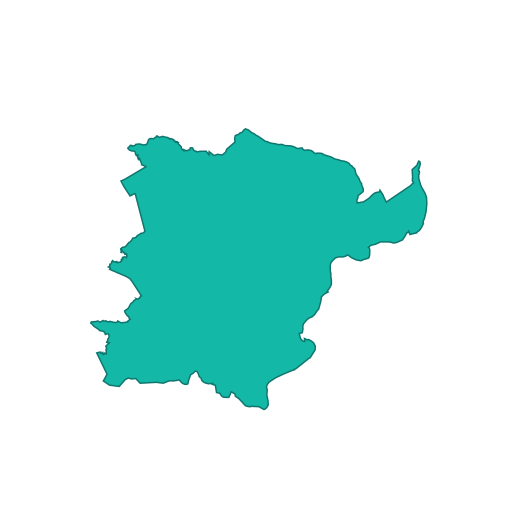 outline of Tampacán, San Luis Potosí, Mexico, rotated 250°
{"feature_id": "50627088B27079735584148", "entity_name": "Tampacán", "entity_type": "district", "adm_level": 2, "iso_a3": "MEX", "parent_name": "Mexico", "parent_adm1": "San Luis Potosí", "projection": "orthographic", "projection_center": [-98.734, 21.409], "detail": "fine", "context": "isolated", "style": "filled", "palette": "teal", "viewbox_px": 512, "rotation_deg": 250, "n_neighbors": 0, "source": "geoboundaries", "source_scale": "gbopen_adm2", "svg_char_len": 6104}
<svg xmlns="http://www.w3.org/2000/svg" viewBox="0 0 512 512"><g transform="rotate(250 256 256)"><path d="M222.8,414.8L223.8,416.6L224.0,418.1L225.9,420.9L229.2,424.4L231.2,424.7L233.5,427.0L239.6,431.0L246.7,434.4L252.9,436.3L257.2,436.3L263.8,435.2L266.7,435.0L274.2,435.6L275.4,436.4L276.8,436.6L277.2,437.3L278.8,438.3L279.4,438.2L279.9,438.5L280.8,437.9L281.4,438.1L281.4,438.3L283.0,438.9L282.8,439.5L286.2,441.8L288.7,442.2L289.5,441.4L287.3,439.1L286.4,438.7L283.8,432.3L276.8,430.2L273.2,428.6L270.8,429.1L270.4,427.4L269.3,425.5L262.1,396.9L267.0,396.3L270.3,396.2L275.4,395.0L274.0,394.0L274.6,390.4L274.5,388.9L273.8,386.6L271.5,381.6L270.1,375.5L271.3,369.2L273.9,369.9L275.9,371.7L277.9,372.5L278.5,375.0L279.9,378.7L282.1,379.7L287.0,379.6L287.9,380.0L290.4,379.3L293.4,379.3L299.0,378.0L303.1,378.5L304.5,378.5L306.1,377.3L307.7,377.0L309.5,375.5L311.0,375.3L313.3,373.4L314.0,372.3L314.8,371.6L316.3,368.7L318.9,365.5L319.6,363.9L323.5,360.3L327.9,354.5L329.0,353.8L330.2,352.4L331.8,348.6L331.7,347.4L332.9,345.9L334.9,345.0L336.3,343.8L338.1,340.8L338.5,338.2L339.1,337.5L340.1,336.6L341.8,336.3L342.9,331.4L344.6,330.1L346.8,327.6L347.9,325.7L349.9,320.9L352.1,318.4L352.9,315.4L355.1,312.1L356.4,309.5L358.2,307.0L359.6,305.8L360.3,304.3L367.7,299.0L370.0,296.9L371.3,296.3L373.2,294.3L377.0,292.0L379.1,289.6L378.5,287.6L376.9,285.0L377.1,283.0L376.2,280.9L376.4,278.9L376.1,277.6L373.6,276.1L370.3,275.3L366.4,265.0L365.3,264.2L363.8,262.6L362.5,258.7L364.7,254.7L364.8,250.9L370.1,247.7L367.2,246.4L371.5,245.0L373.5,239.3L374.0,236.1L374.5,235.9L375.9,234.2L376.9,233.6L379.1,233.4L379.5,233.1L380.1,231.3L378.4,230.0L378.8,229.6L378.5,227.1L378.8,226.5L379.3,226.2L379.4,224.9L379.7,225.2L380.6,224.5L381.0,224.1L380.6,223.8L381.0,223.1L382.0,222.7L384.2,223.1L387.9,221.4L388.6,221.3L389.0,221.8L389.7,221.1L390.2,221.2L390.5,220.8L390.2,220.4L390.6,220.1L390.2,219.8L390.3,219.4L391.4,219.4L391.5,218.8L393.6,218.4L393.6,217.7L394.7,217.2L395.5,215.9L395.4,214.7L396.2,214.8L398.1,212.8L398.0,212.4L400.3,209.3L400.6,205.7L402.7,204.1L402.6,203.3L401.8,203.1L401.8,201.5L401.2,199.7L402.3,197.7L402.5,195.8L401.8,194.6L399.4,192.7L398.3,191.4L398.7,188.5L401.1,184.9L401.8,182.3L402.0,181.1L401.3,180.2L401.4,178.8L401.2,177.7L402.2,177.3L403.0,175.8L401.9,174.3L401.8,173.2L401.0,172.4L400.2,172.7L398.9,173.3L397.5,174.7L396.2,177.4L394.8,178.1L393.7,178.0L393.1,177.6L391.4,177.9L391.6,179.6L391.1,179.7L389.8,178.5L387.6,179.7L387.9,178.5L386.7,178.6L386.2,179.9L381.9,180.1L380.9,179.7L378.1,182.9L377.5,183.1L372.9,158.6L372.7,154.8L366.6,155.6L355.5,158.2L356.1,163.5L355.6,163.8L317.2,160.1L316.3,158.1L316.3,156.9L316.7,155.6L316.1,153.9L316.1,153.0L315.5,150.9L314.9,150.2L314.5,149.1L314.9,146.3L313.3,144.5L312.9,143.5L312.3,142.7L312.2,141.2L309.6,136.8L309.3,135.2L309.9,133.6L309.0,131.3L307.6,131.1L307.8,131.9L307.1,132.1L305.7,130.4L305.4,130.7L305.8,130.9L306.1,131.7L305.1,132.8L304.5,132.5L304.0,133.4L302.6,133.4L302.8,134.4L302.0,134.5L302.0,135.1L301.8,135.2L301.2,134.7L300.3,134.8L298.8,133.7L300.0,132.7L300.3,131.2L300.3,130.2L299.2,130.3L298.9,129.8L299.2,129.3L298.7,128.2L297.9,128.4L297.2,128.0L297.4,127.5L296.6,126.1L297.0,125.1L297.0,124.3L297.7,123.7L297.4,123.7L297.2,123.2L298.6,122.2L298.7,121.3L299.2,120.6L300.7,119.6L299.7,118.7L300.5,118.2L299.6,118.4L299.0,118.0L298.0,116.6L298.2,115.8L296.6,115.3L296.2,113.6L294.9,115.0L294.3,114.9L293.5,113.9L281.1,127.1L277.9,129.7L274.2,130.9L257.8,134.7L257.7,133.6L256.1,132.1L256.3,131.2L255.9,130.5L256.0,129.9L256.8,129.0L256.5,129.1L255.8,125.8L254.6,124.3L254.1,122.1L250.6,118.2L249.3,113.7L247.5,113.7L243.6,114.7L243.0,115.5L240.5,115.6L239.6,116.2L238.4,112.7L237.8,112.8L239.4,106.3L242.2,103.9L241.5,103.4L241.3,101.4L242.1,100.4L242.6,98.8L243.1,98.6L244.6,96.3L244.4,95.5L245.3,93.6L246.6,92.6L246.3,92.0L247.1,90.5L247.7,90.2L247.4,88.2L247.0,87.2L249.2,84.9L249.0,83.8L250.4,78.6L249.3,77.8L248.3,78.6L245.3,79.7L241.0,82.9L239.3,83.6L238.0,86.0L236.2,87.7L233.8,87.6L233.8,89.9L233.3,90.6L232.4,90.8L229.9,90.2L228.6,88.4L226.9,87.5L226.7,86.9L225.9,86.2L224.6,88.4L222.6,84.0L219.8,84.1L219.4,83.0L216.9,82.5L215.3,81.8L215.9,80.9L216.5,80.7L216.4,80.0L215.6,79.6L215.6,78.8L216.6,78.6L217.6,78.9L217.2,77.5L217.9,77.0L218.7,77.3L219.2,75.7L219.4,73.2L195.8,75.6L190.8,69.8L184.8,74.1L180.2,82.8L184.6,90.9L185.0,94.4L183.0,97.0L182.0,101.1L176.1,103.6L171.4,119.1L168.2,125.4L168.4,131.1L167.5,134.7L167.0,135.0L166.1,139.5L165.9,141.4L162.7,142.7L161.3,143.6L160.0,144.9L159.2,146.6L159.1,148.0L160.2,149.0L162.2,150.1L166.7,153.9L167.4,157.2L168.5,158.9L168.2,160.6L167.8,161.0L165.2,161.5L162.0,161.4L160.0,162.6L157.5,162.5L155.2,163.8L153.9,165.1L152.3,167.5L151.1,171.5L150.7,170.8L149.3,172.3L148.5,173.6L141.2,172.2L139.3,175.2L137.8,175.3L135.8,176.0L134.3,177.3L132.4,182.1L136.9,186.3L133.4,189.1L131.4,188.6L127.7,191.2L119.3,194.7L118.1,195.8L116.6,198.3L116.1,200.8L113.4,207.2L109.1,210.9L109.0,211.9L109.7,213.9L111.5,216.2L112.8,216.9L116.1,217.8L121.6,218.6L126.7,220.9L129.0,220.9L131.2,222.4L133.0,225.1L134.8,232.3L135.6,240.4L136.1,250.6L135.9,253.4L136.5,253.8L136.5,255.2L141.6,270.3L141.9,272.1L147.5,279.4L151.0,280.9L154.7,280.4L157.1,279.0L159.5,276.9L159.8,275.4L161.9,273.3L159.1,272.5L160.1,270.9L162.2,269.8L164.6,269.7L168.4,270.1L168.1,273.3L171.7,275.3L174.2,276.0L176.0,277.5L177.1,279.1L178.9,282.6L179.7,285.4L179.6,287.7L180.9,291.0L183.9,295.1L184.5,296.6L191.4,301.5L195.1,303.4L196.8,306.9L197.5,311.4L198.3,310.7L201.2,314.7L203.5,317.1L207.3,318.5L211.5,319.4L214.0,320.4L216.2,320.6L221.4,322.4L222.9,323.2L224.3,324.4L225.1,325.8L226.4,328.4L227.1,330.3L226.8,333.9L225.7,336.4L225.3,338.3L225.2,340.7L225.6,342.4L224.8,343.2L221.8,345.1L218.1,348.8L215.8,352.7L215.6,354.0L215.9,355.7L215.5,360.4L215.8,361.5L217.8,363.0L222.8,365.0L224.8,365.2L225.7,364.6L226.4,366.4L226.7,368.3L226.2,372.2L226.5,376.6L226.8,377.3L224.2,384.6L222.8,387.6L221.8,388.7L221.1,389.8L220.6,392.5L221.0,399.1L223.3,402.4L226.2,405.7L226.2,406.9L227.1,408.0L223.6,408.0L222.8,414.8Z" fill="#14b8a6" stroke="#0f766e" stroke-width="1.5"/></g></svg>